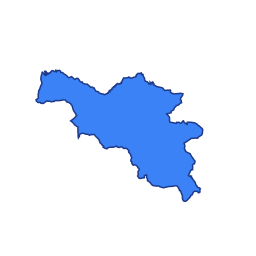 outline of Da Krong, Quảng Trị, Vietnam, rotated 329°
{"feature_id": "81297802B86066179794931", "entity_name": "Da Krong", "entity_type": "district", "adm_level": 2, "iso_a3": "VNM", "parent_name": "Vietnam", "parent_adm1": "Quảng Trị", "projection": "robinson", "projection_center": [106.951, 16.569], "detail": "fine", "context": "isolated", "style": "filled", "palette": "blue", "viewbox_px": 256, "rotation_deg": 329, "n_neighbors": 0, "source": "geoboundaries", "source_scale": "gbopen_adm2", "svg_char_len": 5793}
<svg xmlns="http://www.w3.org/2000/svg" viewBox="0 0 256 256"><g transform="rotate(329 128 128)"><path d="M188.8,171.1L191.2,167.9L191.3,166.9L190.1,162.9L189.5,162.0L189.2,160.2L188.5,159.3L188.0,158.1L184.9,155.5L181.9,153.6L181.5,153.6L180.9,155.0L180.5,155.4L180.3,155.3L179.1,152.1L179.0,151.5L179.3,150.6L179.1,150.3L177.8,150.5L176.9,151.0L176.0,151.3L175.5,151.1L175.2,150.8L175.0,149.9L174.5,149.2L173.3,148.9L172.8,148.2L172.4,148.2L171.9,148.7L170.9,148.3L169.9,147.1L166.9,144.6L167.2,143.5L169.0,140.3L169.1,139.3L168.5,136.7L168.5,135.7L170.3,136.5L172.0,136.8L172.7,137.2L173.1,136.8L173.5,135.9L174.2,136.0L175.2,135.8L176.6,136.0L178.2,134.4L179.6,134.4L180.9,133.7L183.5,134.3L185.1,133.7L187.0,133.9L187.2,132.9L187.8,131.8L187.5,130.9L188.5,129.5L191.5,128.2L192.7,127.0L190.7,125.1L189.1,124.7L188.6,124.2L184.9,122.5L184.6,122.2L184.5,121.6L183.6,121.0L182.7,119.1L183.8,117.9L183.8,117.2L183.0,116.7L182.1,116.6L181.3,115.8L179.6,115.2L178.7,114.5L178.3,111.8L177.9,111.0L174.1,107.4L173.4,106.3L172.5,104.2L172.3,104.2L172.4,103.8L172.8,103.6L172.1,102.8L173.0,102.0L172.9,101.3L172.5,101.1L171.2,101.3L170.7,101.0L170.6,100.6L170.3,101.7L170.1,101.4L170.0,101.6L169.9,101.3L169.2,101.3L169.1,100.8L168.7,100.9L168.9,100.2L168.5,99.4L168.4,98.5L168.2,98.1L167.3,97.3L166.9,96.0L167.0,95.3L167.7,94.3L167.9,91.2L168.0,90.4L167.9,90.0L168.4,89.8L168.0,89.3L167.5,89.3L167.5,88.9L167.3,89.1L167.0,88.9L167.0,88.7L167.3,88.7L167.2,88.4L167.6,88.2L167.8,87.7L165.4,87.0L165.0,86.5L164.6,86.3L163.4,86.8L163.0,86.6L162.1,87.2L161.7,87.3L161.6,87.9L161.0,88.1L159.8,87.9L159.3,87.5L156.7,87.1L155.2,85.9L155.5,85.4L154.8,84.7L154.3,84.8L152.6,84.3L151.1,83.6L150.4,82.9L149.5,83.1L147.1,84.7L147.1,84.8L145.7,85.3L145.7,86.0L145.4,86.3L144.5,85.9L143.9,86.1L143.5,85.6L143.1,85.9L142.1,85.0L142.0,84.5L141.6,84.4L141.0,84.6L140.4,84.6L140.1,85.0L139.6,84.8L139.3,85.2L138.4,85.0L138.1,85.7L137.8,85.4L136.8,85.8L136.6,85.3L135.9,85.7L135.1,85.6L134.4,86.1L134.2,86.7L133.5,86.4L132.7,86.8L132.4,86.4L131.5,86.4L131.5,87.1L131.3,87.6L130.5,86.9L130.1,87.4L129.2,87.3L129.1,87.8L128.9,88.0L127.2,87.5L124.8,87.3L124.3,86.1L123.2,85.3L121.4,83.3L121.3,82.0L121.1,81.4L119.6,80.2L119.3,78.1L119.7,76.4L119.0,76.0L118.8,75.1L118.2,74.3L117.1,74.0L115.9,70.2L115.8,69.5L114.6,68.9L113.0,67.4L112.3,65.7L112.4,64.8L111.5,64.5L110.9,63.9L110.8,60.3L110.6,59.8L110.0,59.4L109.9,59.1L107.3,58.8L106.1,54.9L103.6,54.5L103.0,54.1L102.7,53.4L102.4,51.6L101.6,49.7L100.9,48.5L100.8,47.8L100.4,46.7L99.0,45.7L99.4,44.4L99.1,44.3L98.7,43.1L96.9,42.7L96.8,42.0L96.2,41.8L95.5,42.8L95.3,42.4L95.4,41.6L94.8,42.0L94.3,42.0L93.9,41.6L93.3,40.3L92.5,39.8L91.5,39.8L90.8,40.2L90.3,40.2L90.0,40.6L89.2,40.3L88.6,40.7L87.5,39.6L87.1,40.7L86.9,40.9L86.2,40.4L86.2,40.1L86.8,39.1L86.7,38.0L86.9,37.5L86.3,37.1L86.3,36.6L86.1,36.5L85.5,36.7L85.6,37.8L85.3,38.2L85.9,38.9L84.8,40.1L84.7,40.6L84.4,40.6L84.0,40.2L84.1,39.2L83.8,37.6L83.1,35.5L82.9,36.6L80.4,38.7L78.5,41.1L78.2,42.0L77.6,44.4L76.9,45.7L76.5,46.1L75.4,46.6L72.8,48.7L72.3,49.4L71.7,49.4L71.1,49.8L71.1,50.2L70.2,50.6L69.4,52.0L68.4,52.7L68.0,53.7L67.1,55.0L67.1,55.4L66.5,56.0L65.4,56.4L63.7,56.4L63.3,57.6L64.0,59.7L64.4,60.1L66.0,60.9L66.1,61.9L67.0,62.7L67.6,62.9L67.8,63.2L68.7,63.3L72.5,62.9L73.1,63.8L74.0,64.2L74.7,64.8L75.8,66.1L77.1,66.5L78.6,67.3L79.7,66.9L82.0,68.5L84.7,69.8L86.4,70.4L87.3,70.6L88.7,71.8L88.9,74.1L90.4,75.7L91.2,77.4L91.4,78.2L91.2,78.8L91.5,79.6L91.6,80.2L90.8,82.6L90.3,85.2L90.5,89.0L90.2,90.0L90.4,90.9L87.2,91.9L82.5,92.4L82.8,92.9L83.6,95.3L83.9,97.9L85.6,101.6L84.3,103.4L84.0,104.3L83.0,105.5L82.0,107.9L81.1,109.1L80.4,110.9L82.1,110.1L82.5,109.4L83.3,108.7L84.0,108.5L85.1,108.7L86.6,109.2L87.5,110.0L88.6,111.5L90.5,112.9L91.3,114.4L93.2,114.7L93.6,115.1L95.6,116.1L96.0,117.1L95.9,117.9L97.0,122.2L97.0,124.0L96.4,126.2L96.8,127.2L97.2,129.9L97.8,130.9L97.8,131.1L96.8,131.6L97.6,133.2L99.2,135.0L100.4,134.7L102.3,135.0L105.3,136.8L108.9,137.7L109.0,138.8L109.5,139.4L110.4,140.1L112.6,140.7L113.1,141.1L113.7,143.2L114.5,143.8L116.1,144.4L117.2,147.9L116.2,148.7L116.2,149.8L116.6,151.4L116.1,153.3L116.1,155.0L113.8,157.1L113.4,157.8L113.8,159.4L113.1,160.1L113.1,161.7L113.4,162.7L114.8,162.9L115.4,163.6L116.2,165.4L116.0,167.3L116.5,168.1L116.5,168.8L116.3,169.4L115.1,169.9L113.9,170.9L112.6,173.4L112.1,173.9L111.5,174.1L111.6,176.6L112.3,177.5L114.7,178.3L116.1,179.0L116.4,179.0L117.2,177.5L117.5,177.3L118.8,177.6L119.7,177.6L119.7,178.2L119.5,178.8L118.6,179.6L118.4,180.2L118.5,182.1L117.7,182.7L117.6,183.2L117.8,183.9L118.8,185.7L119.0,187.8L119.4,189.6L119.9,190.3L122.7,192.6L123.9,193.0L124.5,193.4L124.7,194.2L125.5,195.3L126.7,196.5L127.2,197.2L127.9,197.6L132.7,199.1L135.8,200.8L139.4,202.1L139.7,202.4L140.2,203.3L140.5,204.8L140.3,205.7L140.3,207.0L139.9,208.1L140.6,208.7L139.7,214.2L138.5,216.1L138.0,217.6L138.1,219.0L138.4,219.7L139.8,220.5L141.4,220.4L143.8,219.7L145.0,219.5L145.8,218.9L146.4,218.9L147.4,218.0L148.9,218.3L150.4,217.0L151.6,216.5L152.6,216.6L155.0,218.2L155.1,218.5L154.9,219.5L155.0,219.8L156.4,220.1L156.9,219.6L157.9,217.7L158.7,217.4L158.4,216.1L157.7,215.5L157.0,214.1L157.3,213.2L156.9,211.5L157.2,210.9L157.2,210.1L157.6,209.2L157.5,208.0L157.2,207.2L157.4,206.7L157.0,205.6L157.3,204.2L156.7,203.6L157.1,203.3L157.1,202.8L157.5,202.0L156.5,201.8L156.6,201.0L155.8,201.0L155.2,199.9L158.8,197.5L159.4,196.8L160.2,196.8L160.7,196.4L161.2,196.4L162.0,197.0L162.5,195.9L163.5,194.6L164.0,193.2L165.1,192.6L166.6,192.9L167.2,192.1L168.0,191.6L168.4,190.7L168.1,189.7L168.1,187.7L167.8,184.5L168.0,181.9L166.5,180.0L165.3,177.7L165.7,176.8L165.7,174.6L167.1,173.3L167.6,172.4L168.4,169.7L170.4,169.9L177.0,169.5L178.9,170.6L179.8,170.8L182.4,172.6L183.1,172.1L187.6,171.9L188.8,171.1Z" fill="#3b82f6" stroke="#1e3a8a" stroke-width="1.5"/></g></svg>